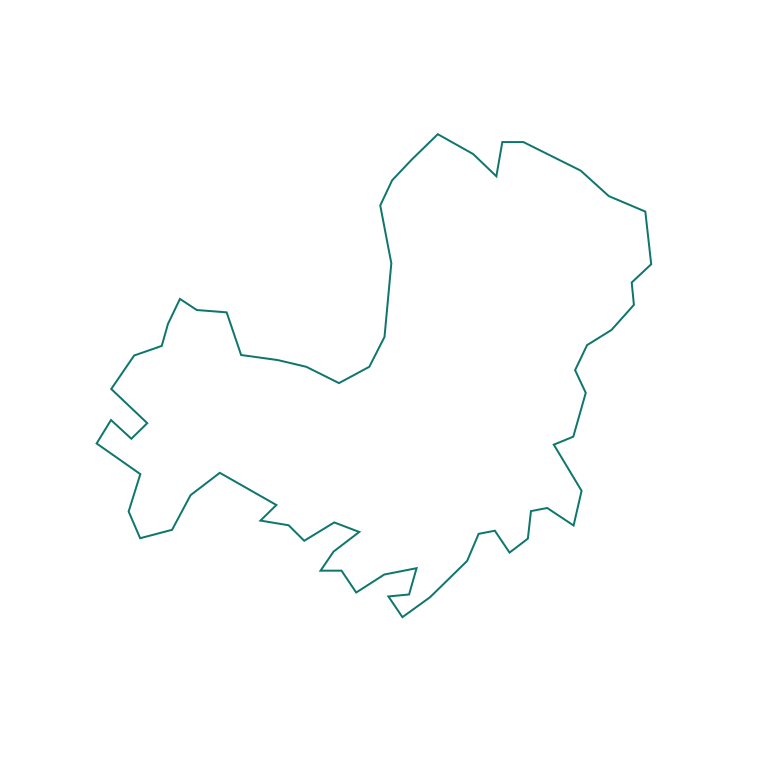 the district of Altinsay, Surkhandarya, Uzbekistan, rotated 77°
{"feature_id": "79887680B9573461396891", "entity_name": "Altinsay", "entity_type": "district", "adm_level": 2, "iso_a3": "UZB", "parent_name": "Uzbekistan", "parent_adm1": "Surkhandarya", "projection": "albers", "projection_center": [67.734, 38.171], "detail": "fine", "context": "isolated", "style": "outline", "palette": "teal", "viewbox_px": 768, "rotation_deg": 77, "n_neighbors": 0, "source": "geoboundaries", "source_scale": "gbopen_adm2", "svg_char_len": 1003}
<svg xmlns="http://www.w3.org/2000/svg" viewBox="0 0 768 768"><g transform="rotate(77 384 384)"><path d="M615.3,418.5L602.1,387.1L575.1,342.8L551.3,325.5L551.9,309.0L576.5,299.6L567.0,278.6L540.9,269.4L541.5,252.9L564.5,231.1L532.5,215.5L481.3,232.2L477.9,211.4L438.0,189.4L413.5,194.7L391.8,177.4L382.5,150.2L363.1,122.7L340.8,119.8L327.4,96.7L274.8,90.6L251.5,122.7L220.4,144.3L179.6,193.8L174.9,214.3L206.9,227.8L180.0,245.4L152.7,275.4L171.9,307.0L187.4,330.3L209.2,347.5L268.0,349.7L338.2,372.9L363.9,394.4L373.0,427.7L349.8,455.8L336.8,482.1L323.6,516.7L278.8,521.2L269.8,549.8L255.2,563.7L276.9,581.0L296.9,592.0L300.0,621.0L327.5,650.9L368.9,623.5L380.5,642.5L357.7,658.1L377.3,677.4L417.0,641.7L450.8,661.5L479.4,656.3L478.4,623.3L448.8,597.5L433.6,564.0L477.7,516.1L489.3,535.1L500.2,508.7L518.8,497.0L507.7,463.6L522.6,441.4L535.9,470.8L551.6,487.8L556.3,467.4L580.9,458.0L569.7,426.6L570.8,393.7L594.7,406.9L592.0,427.5L615.3,418.5Z" fill="none" stroke="#0f766e" stroke-width="2"/></g></svg>